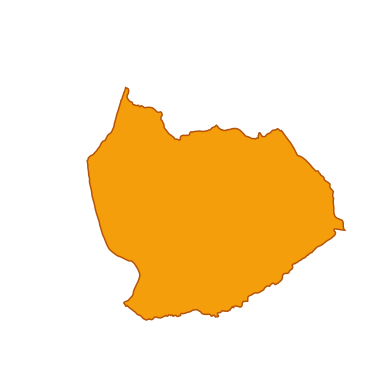 the district of Mendefera, Debub, Eritrea, rotated 146°
{"feature_id": "51966322B17465014138668", "entity_name": "Mendefera", "entity_type": "district", "adm_level": 2, "iso_a3": "ERI", "parent_name": "Eritrea", "parent_adm1": "Debub", "projection": "natural_earth1", "projection_center": [38.816, 14.861], "detail": "fine", "context": "isolated", "style": "filled", "palette": "amber", "viewbox_px": 384, "rotation_deg": 146, "n_neighbors": 0, "source": "geoboundaries", "source_scale": "gbopen_adm2", "svg_char_len": 5917}
<svg xmlns="http://www.w3.org/2000/svg" viewBox="0 0 384 384"><g transform="rotate(146 192 192)"><path d="M261.3,276.7L263.3,272.6L264.8,270.2L266.4,266.8L268.3,263.5L269.4,260.5L269.8,259.7L270.9,258.5L271.9,256.5L274.4,249.8L277.2,244.1L279.6,236.9L282.0,231.2L282.3,230.0L283.1,227.9L285.4,219.7L286.3,217.4L287.0,216.1L287.2,215.0L289.2,208.9L289.7,207.3L289.9,206.7L290.5,203.0L291.9,196.7L292.3,194.3L292.5,191.2L292.3,189.9L292.0,188.3L291.0,185.0L289.8,181.7L289.0,180.1L288.1,179.0L286.9,177.2L285.7,175.2L285.3,174.1L284.6,173.2L283.2,170.7L282.6,170.0L281.8,169.6L281.0,168.9L280.5,167.8L280.0,166.2L279.8,164.3L279.8,162.0L280.0,158.6L280.2,157.5L280.5,155.8L280.9,154.0L281.2,153.2L282.4,151.4L285.1,149.1L287.9,147.3L289.9,146.3L291.3,145.3L293.9,143.9L296.1,142.2L298.2,140.0L299.6,139.3L305.5,137.8L306.5,137.9L307.1,138.1L309.5,138.5L310.6,138.2L310.5,136.3L310.8,134.6L310.4,134.0L310.0,134.0L309.3,134.2L308.7,131.3L306.4,124.7L306.1,123.4L306.0,122.1L305.5,120.6L304.1,118.8L303.4,116.8L303.4,114.7L301.6,111.5L298.5,110.6L296.9,108.7L296.3,108.6L295.6,108.5L294.8,108.8L293.0,109.1L292.1,108.7L289.6,106.0L288.5,105.3L287.6,104.9L285.4,104.7L283.6,104.2L282.4,104.1L282.3,103.2L281.9,102.8L281.4,102.7L280.3,103.0L279.6,103.0L279.2,102.6L278.8,101.6L278.3,101.3L277.4,101.3L277.1,100.8L277.0,100.2L277.2,99.7L276.5,99.4L275.7,99.4L275.1,99.2L274.2,98.6L274.2,98.0L273.7,96.9L271.2,96.1L270.3,96.2L269.9,96.7L269.8,97.1L269.3,97.3L268.8,97.2L267.1,96.0L265.5,95.3L263.7,95.0L260.5,93.8L256.8,93.5L255.8,92.7L254.5,92.3L253.7,91.6L251.9,88.0L251.6,85.4L250.8,84.4L249.2,82.9L246.2,81.1L245.4,80.1L245.5,78.8L245.4,78.3L245.1,78.0L244.6,77.9L243.2,77.9L242.7,77.5L242.4,76.9L242.4,75.8L242.3,75.1L241.3,75.0L240.4,74.1L239.7,74.2L239.2,74.6L239.3,76.2L239.1,76.8L238.4,77.3L237.9,77.3L237.1,76.7L235.6,76.2L233.2,76.7L232.4,75.7L231.3,74.8L229.2,73.3L228.6,73.1L227.1,73.1L226.3,72.9L225.1,73.6L222.7,74.3L222.6,73.3L222.1,72.9L221.1,73.3L220.1,73.5L218.4,72.0L217.4,70.9L216.5,69.7L215.6,69.4L214.9,69.4L214.4,69.7L213.8,70.1L212.9,71.3L211.6,72.3L210.9,72.5L208.8,71.5L207.8,71.0L207.0,70.3L206.3,71.1L204.6,73.5L203.2,73.9L202.2,73.9L200.2,73.4L197.1,73.4L196.2,73.1L194.8,72.1L193.8,71.5L192.8,71.2L187.4,70.8L185.2,71.9L182.4,72.1L180.9,71.0L180.5,70.5L180.0,70.6L179.1,71.1L177.9,71.3L175.9,71.2L175.2,70.4L174.9,68.8L174.3,68.5L171.5,68.3L170.1,68.6L168.3,68.7L167.0,69.0L165.9,69.6L164.8,70.6L163.8,72.0L162.9,72.5L161.7,72.8L160.2,72.3L158.5,71.3L157.5,71.0L156.8,71.1L155.5,71.9L154.5,72.2L152.8,72.2L151.4,72.6L150.9,73.0L150.3,73.9L149.7,75.3L149.2,75.7L148.3,75.6L147.3,75.3L146.7,75.3L146.6,75.0L145.5,75.1L145.1,74.9L144.0,74.9L141.1,75.0L140.0,74.7L138.6,74.9L137.7,74.8L137.2,74.8L135.4,74.5L133.6,74.6L132.2,75.1L131.1,74.8L130.7,75.1L127.6,75.2L126.5,74.8L121.5,76.0L119.0,76.4L117.5,76.3L114.8,75.6L113.4,75.6L111.4,75.8L108.6,76.0L106.2,76.0L103.9,75.8L102.4,75.8L98.4,76.3L98.0,76.3L96.1,77.5L95.7,78.3L95.6,78.7L95.8,80.0L95.5,81.3L94.8,81.7L94.0,81.5L89.0,76.8L86.7,74.9L86.8,76.4L86.3,78.0L85.9,78.8L83.8,82.0L83.6,82.7L83.4,83.8L83.4,84.4L83.6,85.0L86.0,88.6L86.7,90.1L86.9,90.8L87.0,92.0L86.7,93.5L86.0,95.4L85.1,97.0L83.2,99.6L81.6,102.8L79.9,105.7L78.1,107.6L77.9,109.4L77.5,110.2L75.6,112.4L74.6,113.3L74.7,114.9L75.1,118.0L74.9,119.3L73.7,120.6L73.2,121.6L73.8,123.7L75.4,127.6L75.3,128.4L74.8,129.6L74.6,130.4L74.8,131.6L75.9,134.2L75.6,135.6L76.0,136.8L75.8,138.1L75.8,139.0L77.7,140.2L78.6,145.8L78.7,148.0L80.0,155.4L81.6,159.8L82.5,161.4L83.5,162.4L83.8,162.8L84.0,163.8L84.0,164.5L83.1,170.9L82.8,178.3L83.1,181.5L83.5,192.9L84.1,192.9L84.5,193.4L84.9,194.1L85.1,195.4L85.6,196.5L86.0,196.7L87.7,196.7L88.1,196.8L88.4,197.1L89.1,197.2L89.7,197.6L90.6,198.0L91.4,198.0L92.7,197.6L94.0,197.4L95.0,197.4L96.1,197.8L97.7,197.9L99.6,197.3L100.2,197.2L100.9,197.3L101.6,197.8L102.5,198.5L102.7,199.3L102.7,201.1L102.8,201.8L102.5,202.2L102.7,202.7L102.7,203.2L102.9,203.4L103.7,203.3L104.6,202.4L105.1,202.1L106.1,201.0L106.6,200.0L107.0,199.7L107.5,199.9L108.5,200.7L109.6,200.5L110.1,200.8L111.2,202.0L112.5,202.9L114.3,206.0L116.3,208.4L116.5,209.3L116.6,210.9L117.6,216.2L118.1,216.9L118.2,217.6L119.4,219.4L120.0,220.0L121.6,221.1L123.2,222.0L123.8,222.2L125.2,222.5L127.5,223.6L128.8,224.1L129.5,224.0L131.3,225.3L132.4,226.9L133.1,227.6L133.8,229.3L134.1,230.9L134.3,233.6L134.7,233.7L135.2,233.7L135.6,233.4L136.3,233.3L136.8,233.4L138.2,233.8L139.6,234.0L140.3,233.7L142.2,233.5L143.9,234.1L144.8,234.1L149.2,236.1L152.0,238.6L154.4,239.8L155.3,240.4L158.3,241.6L159.1,242.5L160.3,242.3L161.0,242.0L161.7,241.3L162.6,240.9L163.9,241.3L164.7,242.0L166.2,242.8L167.0,243.6L169.3,244.5L170.4,244.2L171.2,243.8L172.1,242.2L172.4,242.0L173.2,242.0L174.1,243.0L174.9,244.2L176.6,245.5L176.7,246.0L176.5,247.2L177.2,249.1L177.5,250.7L178.3,252.1L178.6,253.6L178.8,257.3L179.1,260.2L178.9,261.3L178.1,262.9L177.6,263.4L176.9,267.9L177.1,268.6L176.9,269.9L176.6,270.6L176.2,271.1L175.3,271.7L174.7,271.8L173.8,272.3L173.2,273.4L172.9,274.7L173.2,276.0L174.7,276.5L175.8,277.3L176.4,278.7L176.6,280.2L177.2,282.4L177.9,284.2L180.8,286.7L183.9,288.2L184.5,289.1L184.9,290.2L185.7,291.8L186.1,292.0L187.1,291.7L187.8,292.1L187.8,293.3L188.0,293.9L188.4,294.2L189.6,294.6L190.2,295.0L190.8,296.3L191.8,297.0L191.9,297.4L191.9,298.1L191.5,299.4L191.6,300.1L192.8,301.8L193.2,303.9L192.9,306.8L191.9,308.2L191.2,308.7L189.9,309.2L188.2,310.9L187.4,312.4L187.2,313.0L187.4,313.7L188.6,315.7L190.7,313.8L193.0,312.3L195.1,310.6L196.6,309.6L198.2,308.2L199.9,307.6L200.3,306.8L201.4,306.0L207.2,301.2L210.8,298.5L213.6,295.9L218.2,292.0L219.8,290.3L220.6,289.6L224.2,287.3L225.9,286.5L229.2,286.3L230.4,286.0L234.3,283.8L235.2,283.4L236.1,283.5L237.1,283.8L237.9,283.8L239.4,283.4L241.5,282.3L242.8,281.4L245.4,280.6L248.6,279.3L250.8,279.0L252.0,278.5L253.7,278.4L256.1,278.7L258.7,278.3L260.5,276.7L261.3,276.7Z" fill="#f59e0b" stroke="#b45309" stroke-width="1.5"/></g></svg>